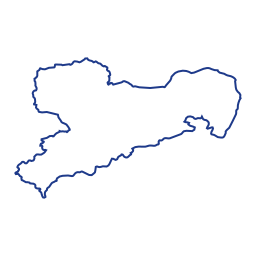 outline of Sachsen
{"feature_id": "DEU-1601", "entity_name": "Sachsen", "entity_type": "State", "adm_level": 1, "iso_a3": "DEU", "parent_name": "Germany", "parent_adm1": "", "projection": "natural_earth1", "projection_center": [12.997, 50.915], "detail": "fine", "context": "isolated", "style": "outline", "palette": "blue", "viewbox_px": 256, "rotation_deg": 0, "n_neighbors": 0, "source": "natural_earth", "source_scale": "10m", "svg_char_len": 5689}
<svg xmlns="http://www.w3.org/2000/svg" viewBox="0 0 256 256"><path d="M195.8,118.9L195.1,118.8L194.3,118.5L193.4,117.5L192.9,117.1L190.2,116.4L187.9,116.7L186.2,118.1L185.2,120.8L184.4,121.7L185.2,122.1L187.7,122.4L189.1,122.9L189.0,123.1L188.4,123.4L188.3,124.4L190.2,125.8L192.8,126.5L194.8,127.4L194.3,129.7L192.2,131.1L186.6,130.8L184.0,131.2L183.2,131.8L181.9,133.4L181.0,134.1L169.8,138.3L168.4,138.4L165.8,138.1L164.4,138.3L163.6,138.8L162.5,139.9L161.7,140.4L160.8,140.5L160.1,140.3L159.5,140.3L158.9,141.0L158.6,141.9L158.8,143.3L158.8,143.8L158.3,144.4L157.4,144.5L155.4,145.6L154.1,145.8L150.7,145.5L149.2,145.6L146.4,146.4L145.1,146.7L138.6,146.6L135.3,147.1L132.3,148.6L133.2,150.0L132.9,151.3L131.9,152.3L130.7,153.0L131.2,153.7L131.1,154.3L130.7,154.7L129.9,155.1L128.7,156.3L127.5,157.3L126.1,157.5L124.5,156.9L124.0,156.4L123.0,155.0L122.6,154.6L121.7,154.4L121.5,154.5L121.5,154.8L121.1,155.2L118.4,156.8L118.0,157.4L117.2,159.2L115.7,159.9L114.5,159.4L113.3,158.8L111.9,158.7L109.5,163.9L108.5,165.4L106.7,166.5L102.9,166.3L100.8,166.9L99.5,167.1L98.2,166.9L97.6,166.6L97.0,166.5L96.4,166.6L95.8,166.9L95.3,170.7L94.9,172.4L93.8,173.4L91.7,175.1L89.2,175.0L82.5,171.7L81.9,171.5L81.3,171.6L79.8,172.3L78.5,172.2L77.3,172.2L76.2,172.6L75.2,173.3L73.6,175.3L72.8,176.0L71.9,176.1L68.0,175.5L62.6,175.8L59.7,176.5L57.1,178.3L56.5,179.7L56.7,180.5L56.5,180.9L55.3,181.1L54.5,181.7L52.3,182.7L51.6,183.3L49.3,186.7L48.5,187.4L47.7,187.8L47.1,188.6L46.9,190.0L45.4,191.5L45.0,192.4L44.8,194.1L45.0,195.2L45.4,196.2L45.4,197.0L44.4,197.6L43.2,197.5L42.5,196.6L41.6,194.0L41.4,193.0L41.1,192.4L39.3,190.8L39.3,190.6L39.3,190.4L39.6,190.1L39.9,190.0L40.3,189.5L40.3,189.1L40.1,188.8L39.5,188.5L37.5,188.5L36.4,188.2L35.6,187.6L35.3,186.9L35.4,185.3L34.9,184.5L33.5,183.7L30.1,183.4L29.5,182.6L27.5,182.2L26.5,182.2L25.9,182.2L22.7,180.4L22.0,180.2L21.7,180.0L21.4,178.2L21.5,177.8L21.7,177.3L21.4,176.8L19.9,176.0L18.5,174.1L17.8,173.9L15.9,174.1L15.4,173.3L15.4,173.1L15.5,172.8L16.0,172.4L16.6,172.1L17.8,171.8L18.0,171.6L18.2,171.3L18.2,170.6L18.8,170.1L19.0,169.7L19.0,168.9L18.8,168.5L18.6,168.2L17.8,167.7L17.4,167.3L17.4,167.0L17.6,166.5L18.0,165.7L18.8,164.8L20.5,163.7L21.5,162.8L22.1,162.0L22.9,161.8L23.6,161.9L24.1,162.2L24.7,162.9L25.1,163.2L25.7,163.3L26.3,163.3L27.1,162.8L28.7,160.6L29.8,160.4L30.4,160.5L31.1,160.9L31.4,161.0L33.3,160.5L33.9,159.9L34.4,158.5L34.3,156.7L36.4,154.6L36.7,154.5L38.0,154.4L39.3,154.6L41.1,154.6L41.6,154.4L43.8,153.0L44.7,152.2L46.1,150.2L45.4,149.9L43.8,150.0L43.0,149.6L42.5,149.0L42.1,147.7L42.4,146.4L42.3,146.1L41.9,145.7L41.5,145.6L40.3,145.7L40.3,145.4L40.4,144.9L40.9,143.8L41.7,143.3L42.1,143.3L42.6,143.1L43.8,141.9L43.8,141.7L43.5,141.4L42.4,141.0L41.5,140.2L41.6,139.2L46.8,137.9L47.4,137.6L49.7,136.1L52.3,135.9L53.1,136.1L53.1,136.3L53.6,136.3L54.9,134.7L56.4,133.3L59.3,131.9L59.5,131.8L59.6,131.0L61.0,131.5L62.6,131.3L64.9,131.6L66.1,131.4L66.4,131.5L66.9,132.1L67.0,132.1L67.6,131.6L68.4,130.5L69.6,130.0L69.7,129.3L68.1,126.7L66.4,124.5L64.4,123.5L62.4,122.7L61.4,121.9L60.7,120.5L58.5,117.4L57.9,114.7L46.8,112.0L42.1,112.4L39.1,111.9L38.8,111.7L38.6,111.3L38.4,110.6L38.4,110.2L38.3,109.8L38.0,109.5L36.7,108.6L36.0,107.5L36.4,104.9L34.1,104.4L34.1,103.7L34.9,102.9L35.2,101.9L35.0,99.2L34.7,98.3L33.3,96.8L33.2,94.9L32.8,93.8L32.7,93.2L33.0,92.2L33.7,91.2L34.5,90.6L35.6,90.5L36.1,90.3L36.2,90.1L36.6,89.1L36.6,88.4L36.5,87.7L35.7,86.2L35.4,85.5L35.5,84.0L35.3,81.9L34.6,80.9L34.6,79.5L34.5,79.0L34.5,78.7L35.7,78.0L36.3,77.2L36.9,76.8L37.3,75.7L37.3,71.4L39.4,69.9L39.6,69.5L39.9,68.6L40.2,68.3L42.5,69.1L44.7,69.3L45.3,69.2L48.9,67.8L54.2,67.4L54.5,67.2L54.7,66.8L55.1,64.7L55.8,64.5L61.5,64.7L62.4,65.2L69.4,64.2L69.7,64.3L70.0,64.7L70.3,64.8L70.8,64.7L71.8,64.1L72.3,63.7L73.6,61.8L74.7,61.3L77.3,61.6L79.4,62.3L80.8,61.8L84.6,59.3L85.2,58.5L87.3,58.4L88.1,59.7L89.0,60.2L90.1,60.6L90.9,60.7L92.5,61.3L93.5,62.3L94.4,62.1L94.9,61.8L95.7,61.4L96.2,61.6L96.7,61.9L98.3,63.2L100.4,63.7L102.4,65.7L103.4,66.2L103.9,66.4L104.7,66.0L105.0,66.1L107.0,67.3L107.3,67.5L107.4,67.9L107.3,68.6L107.0,69.3L107.0,69.8L107.7,70.7L109.2,71.4L109.7,72.4L110.2,74.3L110.2,74.9L110.0,75.3L109.0,75.9L108.7,76.2L108.9,76.8L109.3,77.1L109.5,77.9L109.3,78.9L109.4,80.2L109.0,81.1L108.7,81.6L107.9,82.2L107.6,82.6L107.8,83.5L108.1,84.3L108.3,84.5L108.6,84.6L109.7,83.4L110.5,83.5L110.9,82.9L111.8,83.1L112.3,83.3L113.2,84.6L121.2,82.5L122.3,82.0L123.0,81.4L123.7,81.2L124.6,81.2L128.0,82.6L129.1,83.3L129.6,83.8L130.4,84.2L131.4,84.8L132.6,86.3L133.5,86.6L135.0,86.3L136.0,86.5L139.3,87.3L150.2,88.0L162.6,86.8L163.9,87.0L164.2,87.2L164.9,87.0L166.1,85.3L170.2,80.6L171.2,78.5L171.4,77.1L171.8,76.4L174.6,73.5L175.5,72.8L178.4,71.5L182.8,70.7L186.3,71.0L188.8,71.8L191.3,73.1L194.1,72.6L203.5,68.8L206.6,68.1L208.1,68.0L209.7,68.3L211.5,69.1L214.6,70.1L217.7,70.3L218.0,71.2L219.6,72.6L224.3,73.8L225.8,74.7L227.4,75.4L230.8,76.2L232.4,76.9L233.6,77.6L234.9,78.7L235.7,80.0L235.1,81.1L235.8,87.5L236.2,89.2L236.4,89.8L237.7,91.7L239.4,93.2L240.4,95.0L240.1,97.7L240.6,98.2L239.4,100.2L238.5,102.7L237.9,105.2L237.8,107.6L237.7,108.8L237.2,109.4L236.7,109.8L236.3,110.4L236.2,111.3L236.2,113.1L236.0,114.2L232.8,120.8L229.3,127.7L226.7,130.1L225.7,131.4L225.7,133.1L224.6,135.6L223.9,136.7L223.2,137.3L222.1,137.6L220.5,137.5L217.8,137.1L215.0,135.4L214.0,134.9L211.5,134.3L211.1,133.6L211.4,132.0L212.6,129.7L213.0,128.4L212.6,127.4L211.7,127.4L207.7,128.7L206.9,128.2L207.3,127.1L208.2,125.7L208.7,124.6L208.8,123.2L208.6,122.3L208.0,121.6L207.2,120.8L206.3,120.2L204.3,119.8L203.4,119.3L202.7,118.5L202.3,117.4L201.9,116.6L201.3,117.9L200.5,118.3L197.9,118.1L195.8,118.9Z" fill="none" stroke="#1e3a8a" stroke-width="2"/></svg>